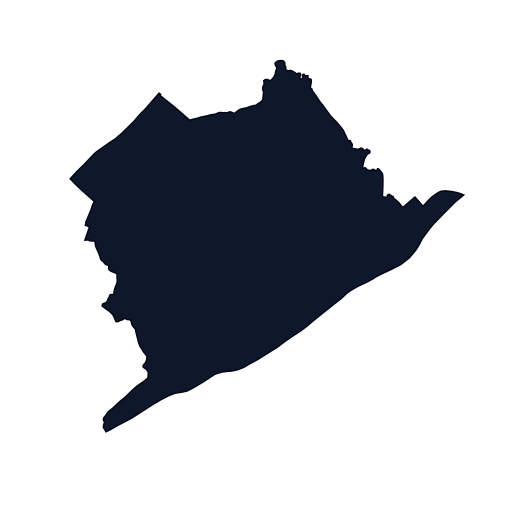 outline of Cau Ke, Trà Vinh, Vietnam, rotated 279°
{"feature_id": "81297802B65507223487475", "entity_name": "Cau Ke", "entity_type": "district", "adm_level": 2, "iso_a3": "VNM", "parent_name": "Vietnam", "parent_adm1": "Trà Vinh", "projection": "mercator", "projection_center": [106.099, 9.855], "detail": "fine", "context": "isolated", "style": "filled", "palette": "ink", "viewbox_px": 512, "rotation_deg": 279, "n_neighbors": 0, "source": "geoboundaries", "source_scale": "gbopen_adm2", "svg_char_len": 6097}
<svg xmlns="http://www.w3.org/2000/svg" viewBox="0 0 512 512"><g transform="rotate(279 256 256)"><path d="M351.2,100.1L350.0,99.1L345.0,93.5L342.1,90.6L335.8,84.0L333.0,81.3L330.6,79.5L319.5,71.9L311.6,66.0L303.2,60.4L299.1,65.8L293.0,74.6L292.2,76.0L290.1,79.2L284.5,88.0L283.7,87.5L281.6,86.8L279.9,86.4L276.2,85.9L264.2,83.0L263.6,82.7L259.5,82.7L259.6,83.7L258.6,87.0L244.9,84.5L245.6,87.9L245.5,88.2L245.0,88.9L245.5,94.7L244.4,94.9L241.5,95.8L239.7,96.6L236.2,98.9L232.3,101.3L229.0,102.9L227.7,103.9L226.6,105.7L224.4,108.5L224.0,109.2L223.8,111.7L223.6,112.0L223.0,112.3L221.2,112.3L220.4,112.5L219.8,112.8L219.2,113.5L218.5,114.6L217.8,117.1L217.2,119.9L216.7,121.0L216.2,121.5L215.6,121.8L214.3,122.0L213.4,122.0L212.4,122.1L210.9,122.8L208.5,122.9L206.9,122.8L202.4,121.7L200.9,121.5L196.6,121.4L196.2,121.3L195.6,120.9L195.4,120.6L195.4,119.5L195.1,118.4L194.8,118.0L194.2,117.6L192.2,117.4L191.6,117.0L190.7,116.7L189.0,116.4L187.7,116.0L186.6,115.2L186.0,114.4L184.8,112.2L184.3,112.0L183.9,111.9L182.4,111.9L182.2,112.6L181.4,113.9L178.5,119.7L177.2,121.7L175.6,123.8L172.5,126.0L170.0,127.4L169.4,128.0L169.3,128.4L169.4,129.3L169.9,130.4L170.9,131.7L172.1,134.1L173.4,135.3L173.8,136.2L173.7,136.7L173.1,138.9L173.3,140.1L173.2,141.7L172.6,142.4L171.8,143.0L169.7,143.8L168.3,144.6L167.4,145.3L165.2,148.0L164.3,148.6L161.9,149.4L151.9,153.7L148.8,155.5L143.6,160.0L140.5,163.4L139.6,164.1L138.6,164.2L136.2,164.2L134.8,164.0L132.7,163.2L130.8,161.9L129.2,161.7L128.7,161.9L128.2,162.7L127.1,165.2L125.7,166.8L124.6,167.6L123.8,167.9L122.0,168.0L120.1,168.4L118.1,167.9L114.3,164.5L108.8,158.7L104.4,155.1L102.0,153.3L99.6,151.5L96.6,149.4L93.8,146.8L92.0,145.1L84.6,139.4L81.7,136.9L80.8,135.9L79.1,134.5L75.3,132.7L72.6,131.1L72.0,130.9L70.5,130.8L69.9,131.1L68.9,131.9L68.4,132.2L67.8,132.2L66.5,132.2L65.2,131.9L63.2,132.0L62.4,132.3L61.4,133.4L58.9,135.3L61.6,139.2L66.9,145.7L72.0,152.7L76.5,158.6L87.6,171.1L93.4,177.5L97.4,182.5L99.0,184.3L104.1,191.2L107.8,197.5L110.0,204.2L111.8,208.9L114.9,213.2L118.5,217.7L124.2,224.5L132.3,233.3L134.2,236.5L136.1,240.6L137.4,245.2L138.6,250.0L140.1,253.9L140.6,255.2L143.4,260.2L145.2,262.7L148.5,266.6L151.9,271.2L155.1,275.1L169.8,291.9L176.4,298.2L182.5,304.6L188.9,311.7L195.1,317.7L201.5,323.1L218.4,338.5L227.9,347.3L232.9,351.1L235.1,353.2L237.3,355.5L242.4,361.9L247.7,369.8L251.8,375.1L254.2,377.7L259.9,385.7L264.0,391.8L270.2,400.3L278.3,407.8L284.2,411.4L288.0,413.5L291.4,414.8L294.1,415.9L298.8,417.3L303.8,419.9L311.2,423.8L315.6,426.5L326.1,433.9L340.5,444.3L348.8,451.6L349.4,449.1L349.9,446.0L350.1,443.8L350.3,439.4L350.0,433.3L349.4,430.4L348.8,428.6L347.5,426.5L345.2,423.9L342.2,420.9L339.4,418.6L331.3,413.2L339.1,403.8L332.1,397.8L326.8,393.5L329.7,390.1L331.3,388.4L332.6,386.2L333.0,385.8L334.0,383.8L335.7,381.6L336.2,382.0L336.3,381.8L336.3,381.1L336.5,380.6L336.9,379.9L337.1,378.9L337.7,378.3L337.8,378.1L337.6,377.3L337.3,377.0L336.8,376.4L336.3,376.3L335.1,376.5L334.7,376.4L334.6,376.2L334.4,374.4L334.2,373.1L334.5,371.6L344.5,370.4L351.5,369.4L355.6,368.5L357.3,367.9L358.1,367.0L360.3,364.7L361.0,363.6L361.3,363.1L361.2,362.8L361.1,362.4L360.9,362.2L359.5,362.3L358.9,362.0L358.9,361.5L359.1,360.7L359.9,359.0L359.9,358.2L359.7,357.5L359.3,356.9L358.2,355.8L358.1,355.2L358.4,354.2L358.3,352.7L359.9,350.7L360.2,350.0L360.1,349.4L359.3,348.9L359.2,348.6L359.8,348.0L360.4,347.2L360.7,347.2L361.4,347.6L361.9,347.4L362.1,346.9L363.0,347.3L363.5,347.5L367.8,347.8L369.0,348.0L371.3,348.8L373.1,349.6L373.7,349.9L374.7,350.8L375.2,351.8L375.7,352.2L376.3,352.3L377.8,351.9L377.9,351.2L378.8,349.3L378.9,348.8L378.7,348.5L378.1,348.0L377.8,347.6L377.1,345.8L377.1,345.4L377.1,345.2L377.4,344.9L378.1,345.0L378.6,344.8L378.9,344.2L379.0,342.9L379.0,342.6L378.5,342.1L377.6,340.6L377.3,339.6L377.3,337.9L377.5,335.5L377.4,334.3L377.6,334.0L378.3,333.7L380.7,333.8L381.5,333.5L383.5,331.7L384.7,331.0L384.2,329.1L386.9,327.1L390.1,325.1L393.8,322.5L395.5,320.8L399.8,316.0L402.4,312.6L402.5,312.3L406.5,307.2L415.4,298.4L417.2,296.2L418.5,294.9L422.7,291.0L423.8,290.1L425.6,288.2L426.0,287.9L426.6,287.6L427.0,286.7L427.5,286.1L427.9,285.8L429.6,285.1L429.9,284.8L430.0,284.6L430.2,283.4L433.1,283.3L436.3,283.4L437.8,283.2L438.7,283.0L439.0,282.8L439.2,282.4L439.4,279.7L439.6,279.6L442.3,279.0L441.6,276.5L441.6,276.3L442.9,275.2L443.0,274.8L442.6,274.0L442.0,273.6L441.6,273.7L440.5,274.1L439.6,274.3L439.2,274.2L438.9,274.1L438.0,273.2L437.3,272.1L438.4,271.7L439.9,271.3L440.4,271.3L441.3,271.7L441.8,271.8L442.2,271.7L442.7,271.5L443.3,271.0L443.4,270.3L443.3,269.6L442.4,268.2L442.4,267.9L442.6,266.7L443.3,265.7L444.0,263.8L444.6,261.9L444.6,260.9L444.5,260.4L444.2,259.8L444.0,259.0L443.9,258.3L444.0,257.6L444.3,257.1L444.9,256.3L445.4,256.0L446.7,255.8L447.3,255.8L447.8,255.6L449.1,254.5L450.6,254.4L451.2,254.2L452.5,253.1L452.9,252.4L453.1,251.7L453.0,250.7L452.7,249.0L452.5,248.2L451.9,246.9L451.1,245.9L450.2,245.2L449.2,244.6L448.6,244.8L447.4,245.4L445.5,247.0L444.4,247.1L441.5,246.6L440.8,246.5L438.0,246.6L437.4,246.1L436.4,246.1L434.6,245.1L432.5,243.8L431.9,243.2L431.5,242.4L431.5,241.7L431.6,241.3L432.1,240.2L432.0,238.6L431.8,237.9L431.6,237.5L430.3,236.2L427.7,237.1L427.1,237.1L424.3,236.4L423.3,236.3L422.5,236.4L421.0,236.8L419.5,237.7L418.9,237.9L413.9,238.1L412.9,238.1L411.6,238.4L410.1,237.5L408.0,235.8L406.9,234.2L405.1,232.7L404.7,231.9L404.1,230.0L403.4,228.3L402.6,226.6L401.1,224.0L400.4,222.3L399.5,219.8L399.0,218.5L398.3,217.3L397.4,216.1L394.0,213.0L393.7,212.6L393.6,212.3L393.7,211.0L393.9,210.0L394.4,208.2L394.3,207.7L393.6,206.3L393.3,205.6L392.7,204.3L392.7,203.6L392.8,202.9L392.7,202.4L392.5,202.0L392.3,201.4L392.3,199.6L392.0,197.4L391.7,196.8L389.7,193.5L388.3,189.1L386.8,185.8L384.3,179.2L383.2,177.1L382.7,176.2L381.7,173.4L380.6,171.1L379.7,168.6L380.3,168.4L387.1,157.6L391.4,150.5L395.5,143.3L396.5,141.3L396.9,140.9L398.6,137.8L399.7,136.0L400.7,136.5L401.7,134.8L385.8,124.9L381.4,122.0L380.5,121.2L376.2,118.2L370.5,114.8L366.0,111.5L355.9,104.0L352.4,100.9L351.2,100.1Z" fill="#0f172a" stroke="#020617" stroke-width="1.5"/></g></svg>